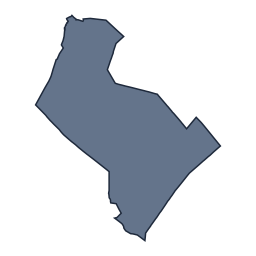 outline of La Pe, Oaxaca, Mexico
{"feature_id": "50627088B903406016502", "entity_name": "La Pe", "entity_type": "district", "adm_level": 2, "iso_a3": "MEX", "parent_name": "Mexico", "parent_adm1": "Oaxaca", "projection": "orthographic", "projection_center": [-96.796, 16.623], "detail": "fine", "context": "isolated", "style": "filled", "palette": "slate", "viewbox_px": 256, "rotation_deg": 0, "n_neighbors": 0, "source": "geoboundaries", "source_scale": "gbopen_adm2", "svg_char_len": 2316}
<svg xmlns="http://www.w3.org/2000/svg" viewBox="0 0 256 256"><path d="M145.6,233.1L148.7,228.6L150.6,226.1L150.6,225.8L152.3,223.5L155.2,219.4L156.2,218.0L156.4,217.9L159.7,212.9L161.2,211.0L166.5,203.1L167.6,201.3L168.7,200.0L169.6,198.8L170.5,197.4L172.0,195.4L175.3,190.5L175.3,190.4L175.5,190.3L180.1,184.7L186.4,176.8L189.3,173.2L199.4,164.4L203.2,161.0L204.1,160.3L208.4,156.5L209.9,155.4L213.4,152.1L217.4,148.6L220.4,146.0L210.4,133.7L207.8,130.5L204.3,126.2L201.2,122.5L200.6,121.9L196.2,117.3L186.6,128.8L183.8,125.4L182.8,124.1L182.6,124.0L180.8,121.7L177.5,117.8L175.5,115.5L175.0,114.9L173.6,113.3L172.2,112.0L172.0,111.5L170.8,110.1L167.9,106.6L167.0,105.7L166.2,104.7L158.3,95.5L158.1,95.2L157.3,94.2L155.1,93.7L148.9,91.9L146.0,91.2L143.8,90.6L138.5,89.3L131.9,87.6L129.0,86.9L125.6,86.1L122.2,85.2L118.5,84.3L117.6,84.0L115.3,83.3L114.2,81.5L107.4,69.8L107.4,69.5L108.2,67.2L108.9,65.2L110.4,60.7L111.3,58.4L112.4,55.1L113.1,53.3L113.4,51.4L116.0,43.5L120.5,39.4L123.7,36.5L117.4,30.8L106.0,20.2L90.2,18.4L83.2,19.0L83.4,20.2L82.9,21.3L81.8,21.0L78.5,19.9L77.2,19.7L76.7,19.8L76.1,19.8L76.2,19.4L76.2,19.2L75.2,18.6L74.7,18.0L74.1,17.7L71.9,15.4L70.9,16.6L69.6,16.9L66.6,18.5L66.9,19.5L67.1,19.8L67.9,21.1L68.2,21.2L68.2,21.5L67.5,22.2L67.1,22.6L67.3,22.9L66.6,23.3L66.5,23.8L65.8,24.9L66.0,25.2L65.5,25.7L65.1,27.0L64.4,28.0L64.9,28.5L64.5,29.2L65.0,29.8L64.6,30.6L64.5,31.9L64.1,36.4L63.4,39.2L63.1,40.5L62.7,41.5L62.1,43.0L61.4,44.9L63.3,48.0L59.5,53.7L57.2,59.1L56.2,59.6L53.2,68.9L53.1,69.1L52.3,72.1L52.2,72.4L51.1,76.1L50.7,77.1L48.9,81.0L45.1,87.5L35.6,104.9L45.9,115.4L46.9,116.8L47.0,116.9L50.0,120.3L51.6,121.9L53.7,124.1L59.3,129.6L61.2,132.1L62.9,134.0L64.1,135.2L64.8,135.8L65.5,136.4L68.6,139.1L71.5,141.6L75.5,144.7L76.6,145.7L78.6,147.5L81.7,150.0L82.5,150.7L85.3,152.9L86.2,153.6L86.4,153.8L88.0,155.0L88.4,155.3L93.6,159.3L102.1,166.0L105.0,168.3L107.0,169.9L109.1,171.6L109.1,179.2L109.1,185.3L109.1,189.0L109.1,190.6L108.6,193.3L108.9,194.4L109.2,197.8L110.2,199.2L110.5,200.1L110.5,201.7L110.8,202.9L116.2,203.7L118.8,208.9L121.2,213.2L117.0,217.5L114.6,218.1L119.3,221.6L121.7,223.5L122.4,224.3L123.2,225.6L123.5,226.2L124.0,228.4L125.7,230.8L130.7,233.7L132.9,233.9L137.4,235.0L144.9,240.6L145.3,236.9L145.6,233.1Z" fill="#64748b" stroke="#1e293b" stroke-width="1.5"/></svg>